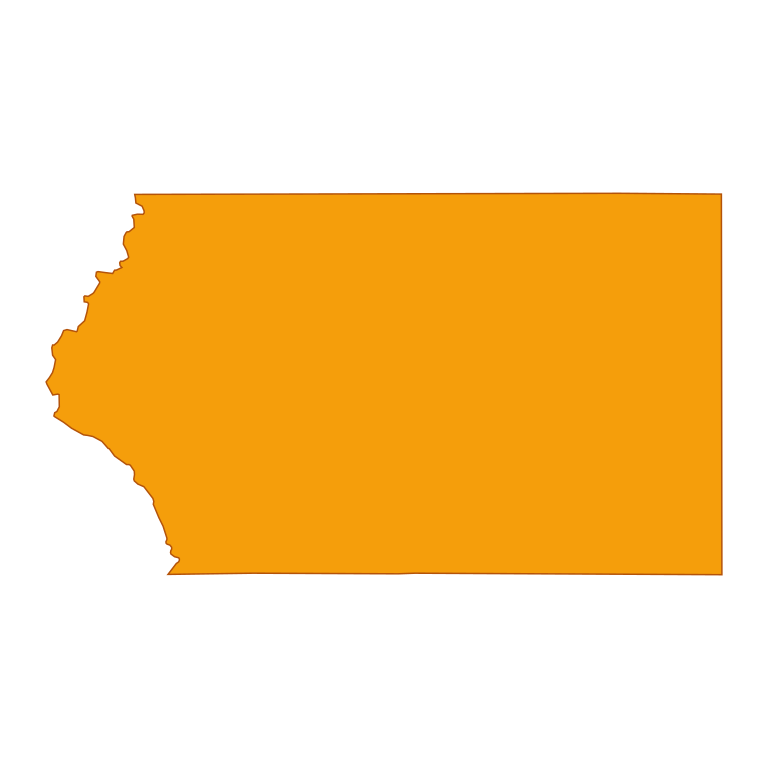 the district of Plymouth, Iowa, United States of America
{"feature_id": "52423323B13817695783408", "entity_name": "Plymouth", "entity_type": "district", "adm_level": 2, "iso_a3": "USA", "parent_name": "United States of America", "parent_adm1": "Iowa", "projection": "natural_earth1", "projection_center": [-96.528, 42.735], "detail": "fine", "context": "isolated", "style": "filled", "palette": "amber", "viewbox_px": 768, "rotation_deg": 0, "n_neighbors": 0, "source": "geoboundaries", "source_scale": "gbopen_adm2", "svg_char_len": 1526}
<svg xmlns="http://www.w3.org/2000/svg" viewBox="0 0 768 768"><path d="M721.4,194.1L619.3,193.3L134.7,194.4L135.4,197.8L135.9,203.0L142.1,206.2L144.1,210.8L144.2,212.9L143.1,214.3L137.3,214.2L132.3,215.3L132.1,216.1L133.8,219.2L134.3,227.5L129.1,231.7L126.9,231.9L126.1,232.7L124.1,236.4L123.4,243.6L123.4,244.2L126.8,250.6L128.7,257.2L127.7,258.6L123.1,261.2L120.5,261.3L119.7,262.8L120.1,265.5L121.9,267.5L116.4,270.1L114.6,270.2L112.7,273.5L105.3,272.6L98.0,271.6L96.4,272.2L95.8,276.4L99.7,281.8L99.6,283.0L93.9,292.5L92.9,293.5L88.2,296.4L84.8,295.9L83.9,296.8L84.2,301.8L87.3,302.3L88.4,303.4L88.5,304.2L87.0,312.0L84.6,320.8L78.3,326.5L77.2,331.0L76.5,331.7L67.0,329.6L63.6,330.6L61.5,335.8L57.6,342.1L54.2,345.0L52.6,345.0L51.8,347.8L52.6,355.2L55.6,359.6L54.1,367.4L52.5,372.6L49.4,377.6L46.1,381.9L47.0,384.3L52.8,395.0L57.7,394.1L59.1,394.6L59.3,406.8L56.9,411.5L54.7,412.7L53.9,416.0L54.8,416.8L63.5,422.2L71.6,428.3L83.6,434.9L87.7,435.4L92.9,436.5L101.9,441.3L108.1,448.4L109.3,448.7L114.6,456.0L126.5,464.5L129.2,464.6L130.4,465.3L134.3,471.1L134.5,474.7L133.8,479.1L134.3,480.9L137.9,484.1L143.9,486.7L152.9,498.4L153.8,501.4L153.3,504.3L158.9,517.7L163.1,526.2L166.9,538.1L166.9,539.6L165.9,541.9L166.2,543.4L167.2,544.2L169.9,545.1L171.6,547.2L171.7,549.1L170.9,550.5L170.5,552.5L171.0,554.1L174.5,556.7L178.7,557.8L179.4,559.0L179.3,560.6L178.5,562.0L176.3,563.5L168.0,574.4L252.8,573.2L398.0,573.8L414.9,573.2L619.4,574.2L721.9,574.7L721.4,194.1Z" fill="#f59e0b" stroke="#b45309" stroke-width="1.5"/></svg>